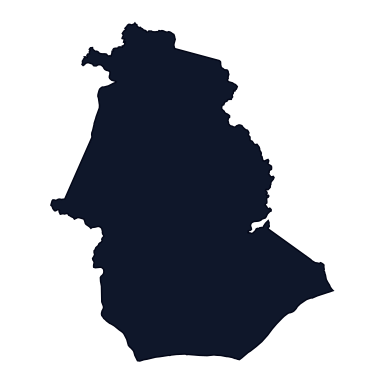 the district of Muaná, Pará, Brazil
{"feature_id": "56859067B31226280820399", "entity_name": "Muaná", "entity_type": "district", "adm_level": 2, "iso_a3": "BRA", "parent_name": "Brazil", "parent_adm1": "Pará", "projection": "mercator", "projection_center": [-49.315, -1.315], "detail": "fine", "context": "isolated", "style": "filled", "palette": "ink", "viewbox_px": 384, "rotation_deg": 0, "n_neighbors": 0, "source": "geoboundaries", "source_scale": "gbopen_adm2", "svg_char_len": 5841}
<svg xmlns="http://www.w3.org/2000/svg" viewBox="0 0 384 384"><path d="M333.1,290.6L331.9,289.4L331.1,288.3L330.2,287.0L329.5,285.2L327.7,282.3L326.2,279.4L325.4,275.0L324.8,273.3L324.6,272.0L323.8,271.0L324.2,269.4L323.8,267.0L323.9,265.0L323.0,264.1L321.5,263.1L320.4,262.7L319.4,263.6L317.8,263.1L315.1,262.7L311.6,260.6L310.9,259.7L268.4,229.1L268.0,227.7L269.2,226.7L269.2,225.5L268.9,224.3L269.1,222.8L268.2,220.6L265.5,223.3L263.6,226.2L263.1,227.6L261.6,227.5L259.7,227.8L258.7,228.5L257.3,228.4L256.2,229.0L255.5,230.6L253.0,233.0L251.8,233.6L250.2,233.0L248.1,232.7L248.3,230.9L250.6,230.2L251.5,229.2L251.1,227.6L250.6,226.3L250.5,225.1L251.1,223.3L252.2,222.3L254.0,221.5L258.2,221.1L259.4,220.8L260.9,220.1L262.1,219.0L265.3,217.9L266.1,216.8L267.4,214.0L269.7,211.6L271.1,211.0L271.1,209.5L269.8,208.2L268.9,209.0L267.4,208.1L266.4,206.3L265.1,205.0L265.5,203.8L266.8,202.9L266.8,201.2L266.6,199.6L266.7,197.9L268.2,197.2L268.8,196.0L268.0,195.1L266.9,195.6L266.1,194.4L267.2,193.1L266.6,191.7L265.5,190.5L266.2,189.4L267.9,189.7L269.1,188.6L270.3,187.1L270.2,185.6L270.8,184.4L270.8,183.0L271.2,181.8L273.3,179.2L274.0,177.5L273.2,176.4L272.0,176.8L270.8,176.8L268.6,173.9L269.1,172.6L269.3,170.9L270.2,169.9L271.4,169.4L271.6,167.9L271.4,166.2L270.1,165.3L268.8,164.6L267.6,163.2L268.4,162.2L268.7,160.7L268.0,159.5L266.4,160.1L264.7,161.0L263.2,160.8L262.6,159.5L261.9,156.4L260.8,155.7L261.2,154.3L261.3,153.1L260.6,151.6L259.7,150.3L259.6,148.7L259.1,147.1L257.0,144.3L255.5,144.7L254.1,144.2L252.2,141.3L251.1,140.9L250.0,139.9L250.0,137.0L248.9,135.9L248.3,134.6L248.9,132.9L248.3,131.5L247.4,130.2L246.1,129.9L244.7,129.0L242.8,127.1L241.9,125.7L240.6,125.2L239.0,124.9L236.5,125.9L235.4,127.1L233.7,127.1L232.6,126.4L230.1,125.7L228.5,123.7L228.4,122.2L227.9,120.8L228.4,118.1L229.5,117.4L229.6,115.9L228.7,115.0L227.4,114.1L225.6,113.3L224.6,112.4L224.2,111.3L223.1,110.4L221.9,109.2L221.6,108.0L221.8,106.5L222.2,105.2L223.7,104.8L224.6,102.3L225.7,101.6L226.9,101.2L227.8,99.7L229.5,99.3L231.3,99.3L231.7,98.0L232.6,96.9L232.2,95.5L232.4,94.4L233.2,93.4L233.7,90.5L234.8,91.0L235.4,89.8L236.3,89.1L237.3,86.6L236.3,85.4L235.3,84.5L233.9,83.9L232.5,82.9L228.7,81.8L227.6,80.8L227.5,79.5L228.2,78.4L228.0,77.0L228.8,74.3L228.3,72.9L228.1,71.4L227.4,70.2L226.3,69.9L224.6,69.9L222.6,68.3L221.3,67.6L220.6,64.6L220.6,62.9L220.4,61.6L219.2,60.6L174.7,48.6L173.9,45.8L173.9,44.0L175.2,39.3L174.7,37.6L174.5,36.3L173.8,34.4L172.6,33.8L171.3,32.8L170.1,32.1L168.7,31.7L167.4,32.2L165.8,32.0L163.1,30.8L161.8,30.6L160.6,31.0L159.0,30.6L157.9,31.8L156.7,31.7L155.2,31.9L152.5,31.8L151.5,31.1L148.8,31.0L147.8,32.1L146.6,32.1L145.9,30.8L144.8,30.3L143.5,30.1L142.5,28.9L141.3,28.3L140.2,27.3L139.1,27.8L137.9,26.9L137.0,25.9L136.8,24.6L135.6,24.2L134.9,23.0L134.0,24.1L131.4,25.0L130.3,24.5L128.9,24.3L127.5,25.2L126.8,26.4L125.0,28.3L126.0,29.1L125.2,30.1L124.0,31.0L122.3,33.5L123.2,34.7L123.2,36.1L122.4,37.3L122.1,38.5L124.6,39.2L123.8,41.0L123.6,42.2L125.2,42.0L124.5,44.4L123.9,45.7L122.3,46.0L122.3,47.3L119.9,46.9L118.4,47.1L117.6,48.4L116.2,48.2L115.0,48.3L113.8,48.6L113.0,49.6L113.4,50.8L112.1,51.2L111.9,53.5L111.0,56.0L109.7,55.8L108.5,56.2L107.2,55.2L106.5,54.2L105.1,53.9L102.2,53.9L100.3,53.6L99.0,53.0L98.3,52.0L96.8,51.2L95.4,51.4L92.8,49.4L92.5,47.6L90.5,47.8L89.3,49.3L90.3,50.4L89.4,51.3L89.4,53.9L87.7,54.1L86.9,55.4L87.7,56.4L87.2,57.6L85.8,56.9L84.3,56.9L84.7,58.2L83.6,59.0L83.1,60.2L82.4,61.1L82.6,63.2L82.0,64.4L83.1,65.5L84.6,64.5L85.4,63.4L86.9,62.8L88.3,62.6L92.7,64.1L93.5,65.6L95.0,65.9L96.5,65.8L97.7,64.9L99.0,64.7L100.3,64.7L101.7,65.4L103.5,67.1L104.0,68.3L104.9,69.4L106.4,70.3L107.6,70.5L109.2,71.1L110.0,72.1L109.9,74.6L109.5,75.7L109.3,77.2L109.8,78.5L111.7,80.2L114.9,81.0L116.1,81.9L114.9,82.8L113.5,83.3L108.5,85.9L103.9,87.1L102.2,87.1L100.9,88.0L99.7,89.1L99.0,90.8L98.0,94.6L97.9,96.3L98.5,98.1L99.5,105.0L99.4,107.9L96.2,116.7L95.7,118.6L94.2,123.3L94.1,124.5L92.7,130.5L91.9,132.7L91.7,134.5L92.0,137.2L64.7,199.2L63.2,199.2L61.7,199.5L59.5,199.1L58.2,199.3L55.9,200.5L54.4,200.0L52.9,199.9L52.1,200.9L50.9,205.2L52.1,206.3L52.9,208.6L54.5,210.7L55.7,210.8L56.9,209.9L58.2,209.7L59.5,210.5L59.1,211.7L60.3,214.2L63.0,213.6L64.3,214.0L67.1,213.4L68.2,214.1L68.7,215.2L70.1,215.8L71.2,216.6L73.4,217.6L74.4,219.1L77.5,217.6L79.0,217.6L83.8,219.0L84.6,220.7L85.4,223.5L86.1,224.4L89.6,226.8L90.9,228.3L91.8,227.5L95.0,227.1L97.9,226.4L99.3,226.5L100.6,227.3L101.7,228.3L102.5,231.3L102.4,232.6L102.7,234.0L103.5,235.0L103.8,236.4L102.2,238.2L101.8,239.3L102.2,240.9L101.2,242.2L99.8,243.0L98.8,244.0L98.3,245.5L95.9,247.6L95.0,249.9L94.1,250.8L94.1,252.6L94.7,254.6L93.6,256.9L92.6,258.4L92.9,259.9L93.8,261.2L94.2,262.9L93.8,264.1L93.6,265.9L93.7,267.2L95.3,267.7L100.6,267.2L102.1,267.7L103.7,269.4L103.9,272.0L103.6,273.4L103.0,274.5L102.2,275.4L101.1,276.3L100.4,277.6L100.6,281.4L101.5,286.1L101.8,301.9L103.2,305.6L103.6,307.0L103.4,308.3L102.8,309.7L102.2,310.7L101.7,312.4L101.5,313.9L101.8,315.5L103.1,317.2L103.8,318.4L105.5,319.8L106.4,320.8L109.7,323.3L111.1,323.9L114.4,325.9L119.3,329.9L121.6,331.5L122.9,332.6L123.7,333.5L124.4,334.7L126.8,339.4L128.4,345.3L129.6,346.8L131.1,348.1L133.0,350.2L133.8,351.5L134.9,355.4L137.5,360.7L139.8,361.0L143.8,359.7L147.3,359.1L155.6,357.1L160.1,356.6L168.5,355.3L169.9,355.4L171.1,355.0L176.4,354.4L185.3,354.0L186.8,354.6L188.2,354.4L199.3,355.3L207.1,355.6L213.9,354.9L216.7,355.2L220.8,355.4L226.5,356.5L228.2,356.6L232.2,357.4L234.8,358.4L236.1,358.6L237.3,359.1L239.4,359.6L241.8,357.8L248.0,352.5L250.4,351.0L256.3,346.4L261.9,341.5L267.6,335.1L272.3,328.8L276.5,323.9L282.1,318.1L284.1,316.2L287.4,313.7L288.7,312.9L290.5,312.6L292.6,311.8L294.2,310.7L296.0,308.7L297.4,306.5L300.2,303.8L305.9,299.9L307.0,299.3L311.0,297.9L312.2,298.0L317.3,295.8L333.1,290.6Z" fill="#0f172a" stroke="#020617" stroke-width="1.5"/></svg>